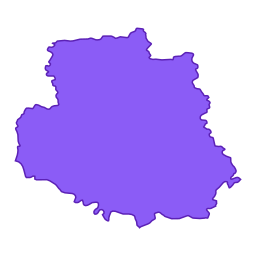 SVG path tracing the border of Vinnytsya
{"feature_id": "UKR-323", "entity_name": "Vinnytsya", "entity_type": "Region", "adm_level": 1, "iso_a3": "UKR", "parent_name": "Ukraine", "parent_adm1": "", "projection": "natural_earth1", "projection_center": [28.815, 48.941], "detail": "fine", "context": "isolated", "style": "filled", "palette": "violet", "viewbox_px": 256, "rotation_deg": 0, "n_neighbors": 0, "source": "natural_earth", "source_scale": "10m", "svg_char_len": 5740}
<svg xmlns="http://www.w3.org/2000/svg" viewBox="0 0 256 256"><path d="M36.6,179.8L34.9,179.1L34.8,176.3L33.0,176.1L30.8,177.3L29.8,177.5L26.4,177.5L25.6,176.5L23.8,169.6L22.7,166.4L21.0,163.7L18.6,161.8L15.4,160.8L17.3,155.1L17.8,152.5L18.0,150.0L17.6,147.9L17.6,146.9L17.8,146.5L18.2,146.3L19.6,146.3L20.0,145.9L20.1,145.5L19.2,144.0L18.6,142.6L18.2,141.1L17.9,134.6L16.9,131.4L15.9,129.6L15.7,128.4L16.1,127.7L17.3,127.1L17.8,126.6L17.9,126.1L17.7,125.4L16.7,123.9L16.4,122.9L16.5,122.4L17.0,121.5L17.7,119.7L20.7,117.4L21.8,114.7L23.5,114.0L24.0,113.5L24.1,112.2L24.5,111.1L25.6,109.1L26.5,108.2L28.5,108.1L32.6,108.6L33.2,108.1L34.9,105.4L35.5,104.8L36.1,104.6L38.1,105.0L39.3,105.5L41.5,106.7L44.3,107.4L46.8,108.8L47.6,109.1L49.1,109.2L49.9,108.8L51.5,107.0L52.2,106.5L54.2,105.8L57.4,105.5L58.3,105.1L58.6,104.7L58.8,104.3L58.1,102.2L58.1,100.8L58.0,99.7L57.5,98.7L56.3,97.3L56.0,95.9L56.1,95.1L56.8,93.9L57.6,93.2L57.8,92.7L57.8,92.2L57.3,91.3L56.0,89.9L55.8,89.3L55.9,87.3L55.7,86.5L55.1,86.1L53.7,85.8L53.0,85.4L52.8,84.7L52.7,83.5L51.9,82.1L51.8,81.4L51.8,81.0L52.2,80.6L55.1,79.6L55.3,78.9L54.8,77.5L54.2,76.5L53.7,76.0L48.6,76.0L47.5,75.8L46.8,75.3L46.5,74.9L46.4,74.2L46.5,73.8L47.0,73.1L48.4,72.1L48.5,71.8L48.0,71.3L45.7,69.8L45.3,68.6L45.4,67.1L45.9,65.8L47.2,65.6L48.4,66.1L48.9,66.0L49.5,65.7L50.3,64.8L50.4,64.2L50.4,63.7L49.0,62.4L48.8,61.9L48.9,61.6L49.8,60.4L52.4,56.1L52.9,54.8L52.6,53.7L51.7,52.6L50.3,51.7L48.3,50.9L47.6,50.3L47.5,49.7L47.5,49.3L48.5,47.5L49.1,47.0L51.5,47.3L52.8,47.0L54.2,45.9L54.7,45.2L54.7,44.8L54.5,44.4L52.6,43.3L52.8,43.1L54.7,43.0L55.8,42.7L57.3,41.1L64.6,40.4L70.3,41.1L73.0,40.9L80.0,39.2L88.0,39.0L90.3,38.2L91.8,38.3L95.8,39.8L97.4,39.9L99.1,39.7L100.5,39.3L101.1,38.7L102.7,36.5L102.9,36.2L103.8,36.1L111.1,36.1L111.9,36.3L114.0,37.3L115.4,38.3L117.2,38.0L120.2,36.8L126.9,37.6L127.7,37.5L128.4,37.0L129.3,35.2L130.5,33.2L131.9,32.4L134.6,31.4L135.5,30.6L136.3,28.7L136.7,28.4L137.3,28.3L142.5,28.9L143.4,29.3L143.5,29.7L143.3,30.5L143.4,30.9L143.9,31.5L145.3,32.6L145.9,33.6L145.6,34.6L145.9,36.0L146.0,37.7L146.1,38.2L147.5,40.6L148.2,41.5L151.0,43.4L151.3,43.9L151.2,44.2L147.3,48.4L146.5,49.7L146.6,50.2L148.6,51.5L148.9,52.0L149.4,53.5L150.5,55.0L150.7,55.6L150.5,55.9L149.2,57.3L149.1,57.6L149.5,58.2L150.3,58.8L152.8,59.4L155.9,59.2L161.9,59.9L170.7,59.4L172.8,59.7L173.1,59.5L173.6,57.2L174.2,56.8L175.2,56.5L178.8,56.2L180.2,56.2L180.9,56.0L181.7,55.6L184.9,53.0L185.8,52.6L187.9,52.7L191.9,53.2L193.1,53.8L193.5,54.6L193.4,55.3L192.0,58.0L191.8,59.7L192.0,60.9L192.5,61.9L193.6,63.1L197.4,64.8L197.7,65.2L197.9,66.4L197.8,67.7L197.2,68.4L196.0,68.9L195.7,69.2L195.6,69.9L197.8,73.8L198.1,74.6L198.1,75.9L198.0,76.9L197.7,77.6L193.3,80.1L192.8,80.6L192.4,81.5L192.3,82.8L194.0,85.6L194.2,86.2L194.2,87.0L194.5,87.5L195.0,87.9L197.0,88.7L199.4,89.0L200.1,89.4L201.6,91.9L203.1,93.8L203.9,95.3L204.2,95.6L204.7,95.8L207.1,95.7L208.0,96.0L208.8,97.5L206.9,99.3L206.9,100.1L208.9,101.1L209.9,102.2L210.0,102.7L209.9,103.1L209.1,104.4L209.1,104.9L209.7,107.1L209.6,107.6L209.4,108.0L207.4,108.9L206.9,109.4L206.9,110.0L207.0,111.7L206.9,112.2L206.6,112.5L205.1,113.1L201.5,115.0L200.6,116.1L200.3,116.8L200.2,117.4L200.3,118.7L201.0,119.6L201.8,120.0L205.3,120.3L206.1,120.6L206.7,121.4L207.0,122.9L206.8,123.3L205.6,123.8L205.2,124.2L204.6,125.7L203.7,126.8L203.8,127.2L205.6,128.2L206.8,129.1L208.5,129.2L209.4,129.5L210.5,130.6L211.0,131.9L211.0,132.5L210.8,132.8L209.5,133.8L209.2,134.2L209.4,135.6L209.9,136.5L210.5,137.0L212.9,137.6L213.3,138.5L214.8,145.1L215.2,146.0L218.6,146.5L220.8,146.3L221.3,146.5L221.9,146.8L223.1,148.0L224.5,148.8L224.8,149.1L224.8,149.5L224.6,149.7L222.9,150.6L222.3,151.5L222.2,152.5L222.4,153.5L223.5,154.6L226.3,156.2L229.9,157.5L230.5,157.7L230.7,158.1L230.8,161.6L231.2,162.9L232.7,165.4L234.3,167.0L235.5,169.1L236.0,170.6L236.1,171.0L235.9,171.9L235.3,172.9L234.8,173.4L233.9,173.6L233.3,175.1L232.8,175.7L230.9,177.4L230.7,178.5L230.8,178.9L231.1,179.1L232.1,179.1L236.1,177.6L237.4,177.4L238.6,177.7L240.6,179.4L238.6,181.6L237.5,182.3L234.7,182.6L234.2,182.9L232.7,185.0L230.9,186.9L230.0,187.6L229.3,187.8L228.8,186.9L228.1,184.8L227.5,183.9L227.4,183.5L227.5,182.6L227.4,182.2L227.0,181.8L225.8,181.6L224.6,181.7L223.1,182.8L219.3,187.2L216.3,189.8L215.8,190.8L215.9,192.7L215.7,194.0L214.5,196.4L212.9,198.3L212.6,199.0L212.8,199.6L213.2,199.8L216.4,200.8L216.6,201.1L216.3,202.1L216.7,203.0L216.6,203.5L215.5,205.3L215.7,206.1L210.9,208.4L209.3,208.6L208.0,208.4L207.0,208.9L206.6,209.3L206.6,209.8L206.7,210.1L208.8,212.6L209.2,213.2L209.3,213.7L209.2,214.4L207.8,217.9L207.4,218.1L205.8,217.8L204.6,218.1L199.9,218.5L193.6,218.1L192.5,217.9L188.6,215.7L187.3,215.7L179.3,218.6L171.6,218.7L165.2,216.5L164.5,216.1L163.8,215.3L162.3,214.5L160.2,212.7L158.8,212.2L158.2,212.2L155.1,213.2L154.6,213.7L154.5,214.1L154.6,214.9L155.2,217.9L155.1,218.6L154.9,218.9L151.9,220.7L149.8,222.9L148.0,223.9L141.0,226.6L139.5,227.7L139.0,226.9L137.6,225.8L137.0,225.1L136.6,221.7L135.3,218.9L134.8,216.7L134.3,215.8L131.9,214.5L128.9,214.0L123.1,214.0L115.4,211.3L112.8,211.1L110.9,211.9L109.4,215.7L108.8,218.0L108.8,219.8L108.5,220.8L107.6,220.8L105.9,219.8L104.9,218.9L102.5,214.7L103.9,213.4L104.0,211.8L103.2,210.4L101.9,209.6L100.0,209.8L98.9,211.1L98.0,212.7L96.7,213.9L95.0,214.2L94.1,213.3L93.9,211.9L94.5,210.4L95.8,209.1L97.0,208.4L97.9,207.4L98.5,205.2L98.3,203.2L97.4,202.4L96.0,202.2L92.2,202.6L89.4,204.3L87.6,205.2L85.7,205.6L84.3,205.2L83.4,204.0L83.1,202.0L82.5,200.2L81.1,200.4L78.5,202.3L77.2,202.6L75.4,202.5L74.2,201.7L75.8,197.5L75.4,195.6L74.0,194.2L72.3,193.5L64.9,192.8L61.5,191.6L59.7,189.2L59.0,188.7L56.4,185.3L55.2,184.2L49.8,180.8L47.0,179.7L36.6,179.8Z" fill="#8b5cf6" stroke="#5b21b6" stroke-width="1.5"/></svg>